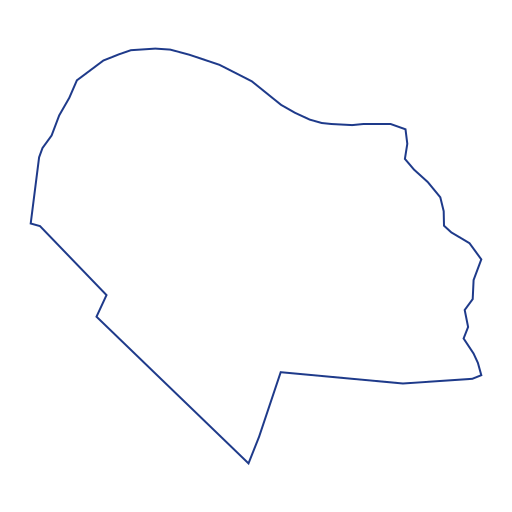 outline of Jardim Olinda, Paraná, Brazil
{"feature_id": "56859067B25666254969369", "entity_name": "Jardim Olinda", "entity_type": "district", "adm_level": 2, "iso_a3": "BRA", "parent_name": "Brazil", "parent_adm1": "Paraná", "projection": "mercator", "projection_center": [-52.066, -22.579], "detail": "fine", "context": "isolated", "style": "outline", "palette": "blue", "viewbox_px": 512, "rotation_deg": 0, "n_neighbors": 0, "source": "geoboundaries", "source_scale": "gbopen_adm2", "svg_char_len": 718}
<svg xmlns="http://www.w3.org/2000/svg" viewBox="0 0 512 512"><path d="M76.9,80.3L69.3,97.8L59.2,115.4L51.6,135.5L42.5,148.0L39.1,157.3L30.7,223.5L40.0,226.1L106.5,295.1L96.5,316.7L248.5,463.4L259.1,436.7L280.7,372.2L402.9,383.5L472.3,378.8L481.3,375.2L477.9,362.9L473.6,353.6L463.6,338.5L468.1,327.0L464.7,310.0L472.7,299.1L473.6,280.0L481.3,259.4L469.5,243.2L451.3,232.4L444.0,225.7L443.7,211.2L440.3,197.3L427.8,182.1L414.0,169.6L404.9,158.9L407.3,143.8L405.5,129.3L390.6,124.0L363.4,124.0L352.2,125.1L331.3,124.0L321.7,123.0L309.7,119.6L295.0,112.8L281.1,104.9L251.8,81.3L219.4,64.8L189.2,54.7L170.2,49.6L155.3,48.6L130.9,50.2L119.0,54.3L103.4,60.5L76.9,80.3Z" fill="none" stroke="#1e3a8a" stroke-width="2"/></svg>